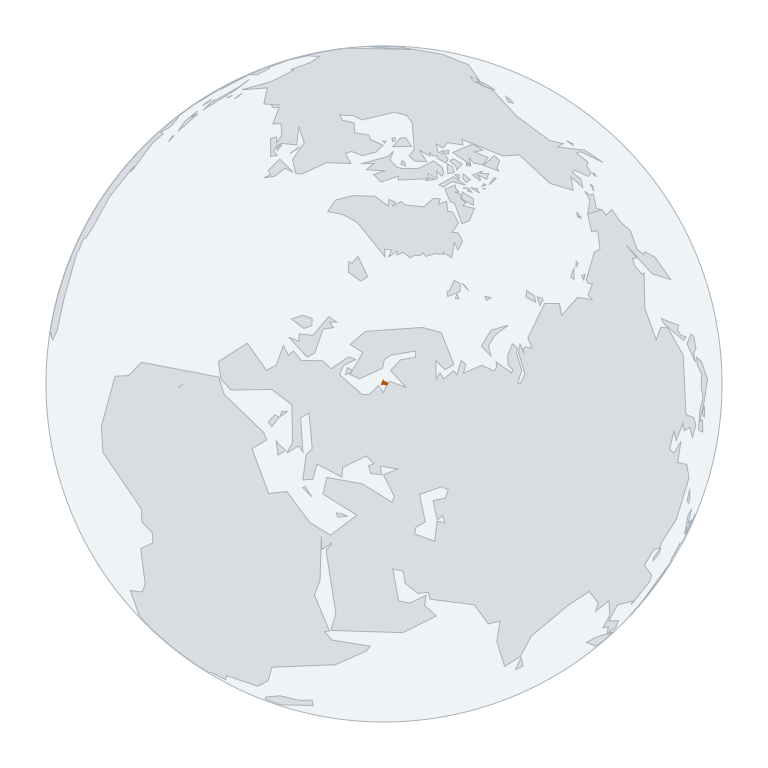 globe centered on Saare, rotated 40°
{"feature_id": "EST-2352", "entity_name": "Saare", "entity_type": "Municipality", "adm_level": 1, "iso_a3": "EST", "parent_name": "Estonia", "parent_adm1": "", "projection": "orthographic", "projection_center": [22.596, 58.233], "detail": "fine", "context": "on_globe", "style": "filled", "palette": "amber", "viewbox_px": 768, "rotation_deg": 40, "n_neighbors": 0, "source": "natural_earth", "source_scale": "10m", "svg_char_len": 12439}
<svg xmlns="http://www.w3.org/2000/svg" viewBox="0 0 768 768"><g transform="rotate(40 384 384)"><circle cx="384" cy="384" r="338" fill="#eef3f6" stroke="#a8b0b8"/><path d="M71.0,256.7L75.1,247.1L92.9,212.4L106.0,191.9L120.5,172.5L136.3,154.1L140.6,149.8L189.5,110.6L153.3,137.1L166.1,125.8L182.5,113.3L180.7,115.1L201.5,102.8L217.5,93.6L243.6,85.2L262.2,90.2L252.7,93.1L258.2,94.5L270.6,91.3L277.4,88.9L313.3,93.6L354.6,91.0L366.8,84.7L364.8,90.9L387.4,75.9L409.3,73.5L385.0,79.8L382.9,83.3L398.0,83.1L399.1,86.8L407.0,89.1L406.9,93.7L392.8,97.6L392.5,100.9L403.2,100.6L409.9,105.6L394.2,105.3L404.3,114.1L382.4,123.6L340.6,121.4L328.8,132.6L286.6,146.6L290.8,150.0L277.5,158.3L277.4,165.5L269.6,166.6L276.3,171.5L283.4,169.2L288.7,170.7L289.3,174.9L279.5,176.8L277.7,175.0L275.2,177.8L270.0,177.1L272.9,179.8L260.9,182.0L273.5,186.2L264.6,193.3L256.5,193.1L256.4,184.8L237.4,165.5L229.1,163.7L217.4,168.9L197.4,195.9L188.6,197.8L177.3,206.4L182.5,208.8L193.2,203.1L200.0,210.4L212.3,203.1L216.8,205.3L229.8,201.7L228.7,211.4L220.6,223.0L209.8,226.7L206.0,232.1L217.0,236.4L197.6,251.5L186.1,276.1L181.0,279.3L169.7,270.8L167.9,250.5L153.3,241.6L163.5,256.9L150.6,265.7L148.8,271.4L150.0,276.8L155.2,277.4L151.0,282.6L139.2,268.9L142.9,263.8L146.6,268.1L145.6,258.8L137.6,250.6L131.7,256.2L125.9,239.5L121.5,243.5L117.9,242.4L125.1,237.0L112.0,246.7L104.2,232.2L86.1,249.9L102.9,225.3L108.4,213.3L113.5,200.8L110.4,203.3L121.2,184.7L124.0,174.8L114.8,181.4L102.9,196.8L91.9,215.9L93.3,216.0L88.0,228.8L81.7,233.9L70.6,260.7L65.9,270.1L61.3,283.7L58.3,294.6L54.4,310.7L55.2,313.0L55.0,324.4L51.2,334.7L54.0,334.1L51.8,347.5L53.5,378.1L52.4,378.0L53.3,416.4L60.2,450.4L61.7,464.6L60.3,465.9L64.1,477.2L64.2,480.5L84.4,525.1L99.3,553.2L101.8,563.3L95.3,558.7L97.3,562.9L85.5,542.5L75.2,521.3L66.4,499.4L59.1,476.9L53.4,454.0L49.3,430.7L46.9,407.3L46.1,383.7L46.9,360.1L49.4,336.6L53.6,313.3L55.5,305.1L57.7,296.6L57.8,295.7L71.0,256.7ZM81.4,253.8L69.2,290.5L71.3,275.0L71.8,276.7L75.9,266.1L81.9,249.6L85.1,237.2L81.4,253.8ZM86.8,257.9L88.5,252.4L87.5,257.2L86.8,257.9ZM280.2,87.3L270.7,90.9L259.2,92.7L266.9,89.2L280.2,87.3ZM302.4,85.7L298.3,88.1L292.4,85.4L296.6,84.9L302.4,85.7ZM375.3,79.7L367.4,80.5L374.7,78.5L375.3,79.7ZM408.1,88.6L410.0,87.3L413.3,89.1L408.1,88.6ZM229.5,196.7L229.6,199.1L227.1,198.5L229.5,196.7ZM235.0,192.9L232.0,190.5L234.2,188.3L236.0,189.9L235.0,192.9ZM416.2,97.9L420.9,101.4L413.7,98.5L416.2,97.9ZM238.1,196.5L238.5,184.9L242.4,181.3L252.3,184.4L238.1,196.5ZM422.1,103.9L433.7,112.9L438.9,110.6L430.6,122.7L423.5,110.7L413.8,107.3L420.7,106.9L422.1,103.9ZM285.4,166.7L277.8,169.3L283.6,163.3L285.4,166.7ZM287.8,162.5L298.0,142.9L309.5,141.5L303.7,148.2L318.2,143.6L318.8,152.5L311.0,157.0L303.5,156.1L309.5,160.3L287.8,162.5ZM424.2,128.3L424.9,131.2L421.4,128.9L424.2,128.3ZM291.3,170.9L292.3,166.9L302.4,165.3L302.1,173.1L299.0,171.0L291.3,170.9ZM321.7,138.2L329.1,138.7L331.6,145.9L334.9,147.1L319.8,152.6L321.7,138.2ZM297.0,173.5L301.8,177.1L297.6,181.8L291.0,174.7L297.0,173.5ZM305.1,161.7L309.8,161.4L307.1,164.0L305.1,161.7ZM285.4,201.0L286.4,195.8L291.7,194.5L285.4,201.0ZM303.8,178.1L305.3,176.5L307.5,175.5L309.7,178.8L303.8,178.1ZM322.7,157.5L322.2,160.6L328.9,155.6L331.1,161.1L320.7,163.9L326.1,165.0L326.8,166.7L317.5,167.1L322.7,157.5ZM318.5,179.3L306.0,185.2L303.0,194.8L298.2,196.1L303.9,180.5L318.5,179.3ZM318.7,172.0L317.5,176.8L312.2,175.9L309.7,172.1L318.7,172.0ZM336.4,164.0L335.7,154.8L338.0,154.5L336.4,164.0ZM318.7,182.2L321.7,180.7L319.1,182.9L318.7,182.2ZM332.1,169.7L331.6,166.4L334.2,166.1L332.1,169.7ZM328.2,180.7L324.2,182.5L322.4,179.9L328.2,180.7ZM330.9,175.8L334.6,176.3L324.1,177.9L330.2,174.3L330.9,175.8ZM334.7,170.0L336.1,168.8L334.6,171.4L334.7,170.0ZM337.5,189.7L324.7,192.4L320.7,186.5L333.6,184.7L337.5,189.7ZM362.1,721.2L345.3,718.7L322.5,705.2L332.5,698.7L329.7,690.8L303.4,666.4L309.2,654.2L302.0,646.9L287.2,645.2L278.7,635.8L269.6,633.1L212.6,617.1L194.9,598.4L173.0,550.9L183.0,541.7L184.3,523.2L253.0,484.9L268.3,494.8L323.2,498.5L330.1,502.3L324.4,518.4L366.1,542.0L378.8,528.8L415.9,537.8L440.2,534.1L447.6,501.9L407.8,507.4L400.3,492.3L431.5,474.5L466.2,469.4L464.3,463.5L441.9,453.9L449.2,440.2L434.0,449.4L440.6,454.9L431.3,461.0L424.7,456.5L427.5,451.7L416.9,450.2L406.0,474.4L411.6,482.5L384.1,488.3L390.7,502.7L383.5,509.6L369.7,488.0L370.6,479.7L345.3,454.4L341.8,463.4L365.5,488.2L358.3,486.2L353.9,499.5L351.7,487.7L326.8,459.1L301.6,460.3L270.6,487.0L255.7,485.0L242.8,473.2L253.1,440.7L285.2,449.1L289.3,438.6L282.1,419.1L292.4,423.6L293.4,416.9L305.5,419.1L321.7,405.9L333.8,406.3L339.4,386.0L346.4,383.6L341.1,396.1L343.9,405.4L373.9,406.2L379.5,401.9L380.8,388.8L388.9,391.1L386.2,378.4L403.2,372.5L380.3,369.3L381.2,354.8L391.0,343.4L387.1,338.3L371.2,356.9L368.5,365.0L372.8,372.8L362.0,395.5L351.8,398.6L347.6,373.4L332.7,375.4L336.0,355.6L377.1,316.0L394.6,307.8L425.0,324.2L421.4,333.9L408.6,332.7L421.1,346.9L419.8,339.5L426.5,341.6L429.0,329.0L433.9,329.9L428.0,316.5L434.2,316.3L437.9,324.8L447.0,306.8L459.9,303.3L459.6,298.8L455.6,295.0L474.6,293.5L473.5,290.3L466.9,289.5L460.4,282.8L456.5,270.6L463.3,270.7L465.6,275.2L480.7,285.0L485.9,297.3L488.3,296.1L485.4,285.6L467.0,273.5L462.7,266.2L472.0,270.5L468.3,268.3L468.3,264.8L474.6,261.5L464.6,256.3L455.3,219.0L466.6,209.6L476.0,217.2L476.6,193.2L489.3,185.7L483.2,184.8L479.4,173.5L475.3,175.6L472.1,174.4L460.4,147.7L462.9,142.0L450.9,130.7L447.7,130.4L445.2,133.9L430.6,122.7L438.9,110.6L445.7,111.8L446.3,103.9L461.6,108.0L474.5,108.2L490.9,118.1L499.7,117.9L498.9,114.9L510.3,112.7L536.4,119.7L518.7,127.2L480.2,121.9L496.2,124.9L493.6,128.4L500.0,132.1L511.2,134.2L511.9,131.8L535.1,158.4L564.2,175.2L559.7,162.6L565.4,158.6L594.5,169.5L635.0,213.3L643.0,210.7L649.1,215.0L654.7,226.6L645.9,220.6L644.0,226.8L638.2,221.9L644.1,239.4L636.1,233.3L644.7,250.4L650.6,250.7L648.4,237.1L659.3,255.3L667.7,251.0L678.0,259.9L695.0,299.9L698.5,327.5L700.6,332.3L697.1,337.1L699.9,355.5L712.2,358.6L714.4,364.7L715.3,394.2L714.0,390.4L704.9,403.2L708.5,421.0L715.6,414.7L718.2,421.8L715.1,431.2L711.8,425.8L708.5,430.0L705.6,416.0L695.6,405.3L692.2,422.0L688.8,414.0L674.6,410.9L667.5,434.4L658.8,482.8L663.6,504.9L658.0,522.8L636.2,509.0L625.2,491.1L618.2,500.7L595.1,495.0L557.7,519.2L551.7,515.0L544.8,522.5L528.5,523.1L519.0,515.0L509.5,520.0L534.6,540.7L544.7,535.1L552.2,518.8L557.4,527.5L573.1,528.1L558.3,562.3L501.6,607.0L494.9,591.0L446.2,548.3L447.0,541.4L446.8,540.7L446.1,539.4L442.8,551.0L434.0,541.0L461.2,575.5L466.3,590.3L500.8,608.3L497.8,611.9L508.6,613.7L541.8,593.8L542.2,599.4L527.2,630.3L480.3,672.9L485.9,685.8L481.6,696.6L451.1,708.5L452.7,712.3L436.8,716.1L435.0,717.6L421.6,719.8L418.1,720.2L390.1,721.9L362.1,721.2ZM230.4,513.3L228.7,518.9L230.4,513.3ZM503.9,479.1L523.9,471.9L513.0,455.1L519.8,451.1L513.6,447.1L512.1,453.9L496.6,441.8L504.5,432.0L501.1,423.6L494.2,425.7L482.2,445.8L504.3,463.0L500.5,473.2L503.9,479.1ZM53.7,378.9L53.4,384.6L52.8,379.7L53.7,378.9ZM69.1,276.6L67.7,282.9L66.2,287.6L66.8,283.3L69.1,276.6ZM63.6,328.9L63.2,337.0L62.5,330.2L63.6,328.9ZM67.9,296.2L63.8,322.9L62.7,311.1L65.7,294.5L65.0,303.7L67.9,296.2ZM82.3,260.1L80.9,264.6L79.7,265.1L82.3,260.1ZM86.0,261.5L86.2,260.2L87.9,257.0L86.0,261.5ZM151.3,266.5L152.1,267.7L152.2,273.7L149.9,271.9L151.3,266.5ZM166.5,295.5L159.3,303.4L162.8,296.3L158.1,295.0L159.6,278.8L178.5,280.2L169.7,282.2L166.5,295.5ZM166.9,258.2L163.8,267.9L166.5,257.3L166.9,258.2ZM286.9,380.0L291.2,385.8L286.9,392.9L271.5,393.8L277.6,383.5L286.9,380.0ZM298.3,392.5L298.4,368.0L308.0,366.9L302.6,371.6L308.9,373.3L302.0,381.4L311.0,404.9L307.8,412.8L281.1,409.3L291.6,405.9L286.8,400.2L298.3,392.5ZM281.9,312.3L282.1,303.0L302.6,312.4L300.0,320.1L284.6,321.2L278.4,312.8L281.9,312.3ZM255.6,204.7L254.3,201.5L257.1,200.8L260.4,203.0L255.6,204.7ZM285.4,198.7L263.9,218.5L261.4,215.7L251.8,231.3L241.4,230.1L248.0,219.9L232.8,231.1L234.6,221.4L225.0,229.9L240.7,207.3L241.6,199.5L244.5,208.5L254.1,209.7L258.5,207.9L271.7,197.1L278.4,181.4L289.0,180.6L294.6,184.2L294.6,187.8L287.7,187.1L292.6,192.5L282.7,194.3L285.4,198.7ZM354.6,233.9L346.7,230.4L354.8,243.9L344.9,244.8L346.5,246.3L339.6,251.0L334.0,259.4L329.4,258.5L329.2,262.3L324.7,265.6L322.8,270.6L314.0,270.8L311.0,276.9L308.5,273.5L305.8,284.2L303.9,276.4L297.8,280.4L302.9,285.8L259.6,277.4L243.0,280.8L230.1,288.1L228.5,274.5L239.5,259.3L256.6,245.9L272.8,245.0L269.2,239.3L275.9,237.3L276.0,242.6L279.8,233.3L285.3,233.1L300.5,222.8L302.6,210.0L308.2,206.1L310.2,211.1L314.4,203.8L321.8,210.7L326.0,208.2L337.5,212.7L338.8,224.2L343.4,220.6L352.4,224.2L354.6,233.9ZM340.5,191.3L344.4,204.1L340.8,211.1L322.3,200.4L317.4,201.7L305.4,195.6L310.8,185.8L313.7,188.3L317.8,188.6L314.5,191.6L320.2,189.4L324.5,193.0L330.1,192.4L329.8,196.7L340.5,191.3ZM337.7,496.7L343.0,498.0L351.3,497.9L348.6,506.5L337.7,496.7ZM320.4,477.5L325.1,477.1L325.4,488.7L319.9,487.6L320.4,477.5ZM327.6,467.2L325.4,476.1L323.3,470.6L327.6,467.2ZM345.5,395.1L350.6,394.0L351.2,397.0L348.5,401.5L345.5,395.1ZM376.6,276.0L372.7,272.4L374.1,270.6L371.2,259.4L378.3,258.2L382.8,264.4L376.6,276.0ZM441.0,508.6L434.2,515.7L430.4,513.4L433.5,511.4L441.0,508.6ZM389.3,513.4L401.2,516.8L388.4,515.7L389.3,513.4ZM383.9,272.8L381.9,268.3L386.6,270.5L383.9,272.8ZM383.3,256.7L388.9,258.2L378.8,256.7L383.3,256.7ZM536.5,675.8L511.1,696.1L496.0,701.5L494.5,700.0L504.8,689.7L522.8,680.6L532.0,672.4L536.5,675.8ZM717.3,439.6L715.1,448.4L705.2,452.1L708.9,442.3L718.0,427.4L717.6,431.9L719.3,425.9L718.8,429.5L717.3,439.6ZM721.4,403.6L721.2,401.0L721.3,392.5L721.6,385.4L718.4,340.0L718.2,334.4L720.2,350.4L721.8,376.9L721.4,403.6ZM665.0,505.5L671.9,510.8L668.2,518.0L665.0,505.5ZM713.7,316.5L717.3,335.4L712.9,315.0L713.7,316.5ZM709.0,301.0L710.5,304.1L709.6,305.0L709.0,301.0ZM703.9,337.7L703.7,346.2L702.0,343.8L701.2,331.4L703.9,337.7ZM685.8,267.8L692.1,275.6L694.2,279.7L691.1,278.5L685.8,267.8ZM441.4,259.1L437.6,275.7L439.5,287.6L447.9,293.8L434.4,292.5L431.4,274.1L441.4,259.1ZM452.9,223.7L445.4,218.8L449.6,216.6L451.9,217.4L452.9,223.7ZM447.7,223.9L436.8,226.2L433.2,220.7L442.6,219.9L447.7,223.9ZM410.4,249.1L408.8,254.0L404.9,252.0L410.4,249.1ZM712.5,304.7L712.6,305.4L714.8,315.5L708.7,291.0L709.2,292.2L712.5,304.7ZM710.0,296.4L712.2,305.9L708.8,293.2L710.0,296.4ZM711.9,305.6L710.3,302.0L709.5,296.9L711.9,305.6ZM709.1,292.9L705.9,284.1L706.9,285.6L709.1,292.9ZM706.3,294.6L707.3,289.6L708.9,302.4L701.2,289.1L700.0,281.9L706.3,294.6ZM650.5,203.5L646.5,201.7L643.2,194.9L646.9,198.1L650.5,203.5ZM628.8,172.5L641.0,192.5L650.2,209.6L650.9,206.8L659.2,215.8L654.4,216.9L642.7,200.7L637.0,189.0L629.3,182.8L620.9,172.1L612.1,168.2L606.3,162.6L612.5,162.7L628.8,172.5ZM608.5,167.2L590.2,158.3L587.2,148.6L590.5,148.3L600.2,156.3L601.2,161.0L608.5,167.2ZM584.9,153.5L585.7,158.0L560.5,157.9L554.4,155.6L572.0,149.7L573.7,153.8L580.4,155.8L584.9,153.5ZM428.3,130.6L425.2,131.2L426.6,128.9L428.3,130.6ZM470.0,175.9L465.8,173.8L467.7,170.9L470.0,175.9ZM455.3,166.8L456.1,171.4L452.4,166.4L455.3,166.8ZM458.4,182.0L455.1,173.2L462.3,181.8L458.4,182.0Z" fill="#d9dde1" stroke="#a8b0b8" stroke-width="1"/><path d="M386.0,382.4L386.1,382.5L386.3,382.7L386.3,382.8L386.1,382.6L386.1,382.8L385.9,382.7L385.7,382.5L385.7,382.8L385.5,383.0L385.4,383.1L385.2,383.1L385.0,383.5L384.9,383.6L384.7,383.7L384.7,383.8L384.4,383.8L384.5,383.9L384.4,384.0L384.2,384.1L384.2,383.9L383.9,384.0L383.9,383.9L383.8,384.0L383.7,384.0L383.7,383.9L383.6,384.0L383.4,384.1L383.2,384.1L383.0,384.3L383.0,384.6L382.9,384.8L382.9,385.1L382.8,385.3L382.7,385.5L382.3,385.9L382.2,385.9L382.1,385.7L382.2,385.4L382.2,385.2L382.3,385.1L382.4,384.9L382.5,384.9L382.6,384.7L382.8,384.5L382.7,384.4L382.4,384.3L382.2,384.0L382.1,383.9L381.9,383.9L381.7,383.8L381.7,383.7L381.9,383.6L381.8,383.4L382.0,383.5L382.0,383.4L382.2,383.2L382.0,382.8L381.9,382.7L381.7,382.5L381.6,382.3L381.8,382.4L382.1,382.3L382.4,382.7L382.4,382.8L382.5,382.9L382.4,382.7L382.5,382.6L382.5,382.4L382.7,382.2L382.8,382.1L382.9,382.3L383.0,382.4L383.0,382.1L383.2,381.9L383.6,381.9L383.9,381.7L384.0,381.6L384.1,381.8L384.3,381.8L384.5,381.9L384.6,381.7L384.8,381.8L384.9,381.7L385.0,381.7L385.1,381.8L385.4,381.9L385.5,382.0L385.7,382.3L385.8,382.4L386.0,382.4ZM386.4,381.9L386.5,382.0L386.4,382.1L386.2,382.1L385.9,382.2L385.7,381.9L385.4,381.8L385.4,381.7L385.5,381.7L385.7,381.4L385.8,381.3L386.1,381.4L386.3,381.5L386.3,381.8L386.4,381.9ZM386.1,386.5L386.0,386.4L386.1,386.5Z" fill="#f59e0b" stroke="#b45309" stroke-width="1.5"/></g></svg>